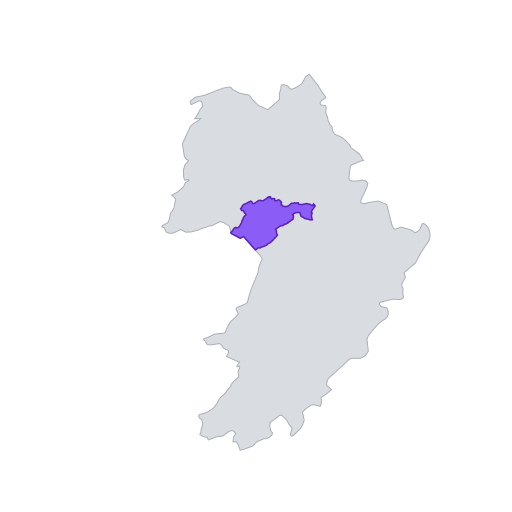 location of Mamou, Mamou, Guinea, rotated 49°
{"feature_id": "49546643B72815389499799", "entity_name": "Mamou", "entity_type": "district", "adm_level": 2, "iso_a3": "GIN", "parent_name": "Guinea", "parent_adm1": "Mamou", "projection": "equal_earth", "projection_center": [-11.801, 10.57], "detail": "fine", "context": "in_parent", "style": "filled", "palette": "violet", "viewbox_px": 512, "rotation_deg": 49, "n_neighbors": 0, "source": "geoboundaries", "source_scale": "gbopen_adm2", "svg_char_len": 6764}
<svg xmlns="http://www.w3.org/2000/svg" viewBox="0 0 512 512"><g transform="rotate(49 256 256)"><path d="M302.8,341.0L299.5,340.4L298.0,341.3L293.6,348.2L290.9,350.9L286.8,350.1L285.3,350.6L284.2,349.8L285.7,346.0L287.8,338.4L293.3,330.8L293.4,329.2L291.1,324.7L288.8,318.6L288.8,312.1L288.3,307.4L283.5,306.1L282.6,305.3L282.5,303.7L285.2,295.6L285.4,294.0L285.1,292.5L282.1,288.3L277.5,280.7L269.6,264.9L266.6,261.6L263.8,256.8L262.7,253.7L259.7,252.6L232.1,252.8L231.6,256.9L222.0,259.7L216.2,256.5L209.7,258.4L206.5,260.5L204.0,269.7L202.6,271.6L201.2,275.8L199.9,278.0L198.5,282.6L195.4,289.0L192.1,293.2L186.6,295.5L184.8,302.3L183.6,304.8L181.4,306.8L179.1,308.1L174.6,306.8L172.1,308.0L171.6,306.3L173.1,300.9L171.9,298.1L167.6,292.5L167.2,289.8L165.9,286.3L160.1,279.1L154.8,279.6L156.3,273.5L156.2,265.5L154.4,261.1L154.9,256.7L153.9,256.9L152.1,260.0L149.2,259.0L143.4,254.3L140.5,249.6L140.2,245.7L139.5,244.2L137.7,245.0L134.1,244.9L123.0,237.9L115.1,220.3L115.0,216.4L116.1,209.5L115.9,207.7L112.2,212.2L111.5,209.2L108.8,202.1L108.0,198.1L105.3,196.3L103.2,195.9L101.5,197.3L99.3,205.5L97.7,205.5L96.0,203.7L96.4,197.6L100.7,189.9L107.9,170.4L110.5,166.0L112.1,164.4L115.5,164.3L122.1,161.7L130.2,155.6L136.4,156.1L143.7,155.4L153.3,151.2L153.4,138.2L153.1,135.3L149.7,132.7L147.8,130.4L146.1,127.5L144.0,125.5L144.1,123.3L148.3,120.5L152.2,120.6L153.5,119.5L154.4,117.6L155.6,112.9L156.0,108.0L153.4,101.3L153.6,96.6L167.5,97.3L175.2,98.6L181.5,99.0L182.5,100.1L181.6,104.6L182.4,107.3L184.5,108.0L188.1,104.9L189.9,105.6L193.8,109.5L197.4,110.6L201.4,112.8L205.2,114.0L208.5,113.8L211.0,116.0L215.7,116.7L221.7,113.9L226.4,112.7L233.1,112.4L236.6,113.3L246.7,111.0L254.6,112.3L253.4,113.9L249.8,124.3L250.2,126.1L258.3,134.9L260.2,135.6L262.4,134.4L265.9,130.3L268.6,125.9L271.3,123.8L274.4,123.9L276.8,127.0L282.6,140.1L284.1,141.7L285.5,141.7L288.0,139.2L289.2,136.4L294.6,127.8L302.8,123.5L322.5,133.4L325.4,134.1L327.1,133.4L329.5,127.5L336.9,122.5L340.4,121.1L342.4,121.0L343.2,119.4L343.6,117.0L343.2,114.5L340.9,110.1L340.8,108.8L342.1,107.9L344.9,107.3L348.6,107.7L352.7,109.7L356.0,112.4L358.0,115.7L361.7,129.5L365.9,140.3L365.7,154.9L367.6,156.3L369.6,156.9L370.5,158.1L372.6,164.1L374.5,165.8L376.8,166.2L381.0,170.1L383.8,171.6L384.1,172.7L384.1,174.3L383.0,176.3L378.9,180.3L376.9,183.8L372.7,192.0L372.6,193.5L373.5,194.6L375.2,194.8L377.1,194.3L380.9,191.3L384.0,192.3L386.9,194.6L388.0,197.0L388.3,200.1L387.6,204.2L387.5,208.7L388.5,216.4L390.1,224.1L391.6,226.9L401.4,233.6L402.3,236.2L402.8,239.0L402.1,242.9L401.1,245.1L395.8,251.1L395.0,254.0L395.5,259.3L395.9,281.9L398.0,285.7L400.5,287.6L406.4,286.6L406.3,292.8L405.5,299.9L408.9,302.0L410.7,304.2L411.6,306.2L406.2,309.9L404.7,312.1L404.0,317.9L404.2,323.4L411.4,327.2L414.2,331.8L415.5,336.5L416.0,345.4L415.3,347.4L413.5,347.4L409.8,342.0L404.1,341.4L400.0,340.4L393.0,341.1L391.8,342.7L391.0,354.6L392.7,356.6L396.0,358.8L398.2,359.7L400.0,359.5L401.4,360.9L401.7,364.8L400.8,367.7L399.0,370.3L396.7,377.2L397.2,383.4L393.3,393.4L392.2,395.4L387.0,393.4L383.6,392.7L381.1,395.3L377.7,391.4L377.1,388.3L375.8,387.7L373.5,387.7L371.4,389.4L370.5,392.5L370.1,399.0L366.3,405.0L363.6,412.6L360.5,411.9L359.8,412.8L356.5,414.8L353.7,415.4L352.9,413.3L351.3,411.7L349.4,408.5L347.3,405.9L343.3,404.1L341.7,404.9L339.8,404.7L338.6,403.6L338.8,402.1L340.9,398.1L342.0,394.5L342.7,390.5L342.7,386.8L341.5,381.4L339.7,377.2L339.3,374.8L339.5,371.3L339.1,368.1L338.5,366.4L337.6,360.2L336.6,359.1L335.9,354.2L336.1,349.1L334.6,347.2L332.1,345.9L330.7,343.9L329.8,341.7L328.9,341.1L328.1,341.2L327.5,342.5L326.6,342.8L325.2,338.1L324.6,337.9L323.6,339.0L312.4,344.2L310.9,339.8L308.7,339.0L305.0,340.8L302.8,341.0Z" fill="#d9dde1" stroke="#a8b0b8" stroke-width="1"/><path d="M264.8,190.9L265.6,189.7L265.1,189.5L264.0,188.9L262.5,188.2L261.5,187.2L260.5,185.5L259.5,185.9L258.3,183.7L257.6,180.8L257.0,178.5L256.3,178.4L256.5,179.1L255.7,178.9L255.1,178.5L254.5,178.4L254.7,179.6L254.8,180.2L254.8,180.5L254.6,180.5L254.0,180.8L252.2,181.4L251.4,182.1L249.7,183.3L248.2,185.9L247.2,187.7L246.5,188.5L245.8,189.2L245.0,189.6L244.5,189.7L243.7,189.2L243.4,189.3L243.0,189.9L242.9,190.1L242.6,190.6L242.4,191.0L242.1,191.2L241.7,191.7L241.0,192.1L240.9,192.9L239.4,194.8L239.5,196.9L239.4,198.5L239.1,199.6L238.7,200.2L238.5,200.6L238.3,201.4L237.5,201.6L236.8,202.5L236.1,203.0L235.4,203.0L234.7,202.9L234.1,203.4L232.9,202.5L232.2,201.5L231.1,201.7L230.7,201.5L229.8,201.6L229.4,201.7L228.5,202.0L228.2,202.6L228.0,203.0L227.9,203.7L227.9,203.8L227.8,204.2L227.6,204.3L226.7,205.4L225.9,205.3L225.3,204.6L224.9,204.4L224.4,204.9L223.7,205.6L223.3,206.7L222.2,206.6L220.9,207.2L220.8,207.3L220.6,206.5L220.1,207.0L219.8,207.3L219.5,208.1L219.5,210.6L219.3,211.9L218.9,214.5L218.1,215.4L217.0,216.0L215.9,217.4L215.7,218.5L215.7,219.3L215.5,220.8L215.1,223.0L214.6,223.7L213.5,224.0L212.7,223.8L212.1,223.5L211.2,224.1L210.9,224.3L211.1,225.0L210.5,226.0L209.7,230.0L209.1,231.0L209.0,231.4L209.2,233.6L209.5,233.8L209.9,234.8L210.1,235.8L210.1,236.4L210.2,236.6L210.8,236.7L211.5,236.7L212.0,237.0L212.5,236.9L213.4,235.8L213.8,235.7L215.9,236.4L216.5,236.4L217.0,236.2L217.7,236.3L218.0,236.5L218.3,236.6L218.4,237.3L218.3,237.8L218.4,238.6L218.4,239.2L218.8,240.5L219.1,240.9L219.4,241.2L219.8,241.8L219.8,242.3L220.2,243.6L221.1,244.5L221.4,245.1L221.9,246.6L222.2,247.2L222.4,247.9L222.8,250.2L222.7,251.0L222.2,252.0L221.1,252.5L220.7,253.9L220.9,255.2L221.3,256.3L221.8,259.6L222.0,259.7L222.1,259.8L222.7,259.9L223.0,259.9L224.0,259.5L224.6,259.2L224.8,259.1L225.5,258.9L225.9,258.7L226.2,258.6L226.9,258.4L227.0,258.3L230.9,256.7L231.5,256.6L231.8,256.4L232.0,256.3L232.1,256.2L232.3,256.2L232.6,255.6L232.9,253.2L233.0,253.0L233.1,252.8L233.2,252.6L235.7,252.6L237.0,252.6L238.3,252.6L239.7,252.4L240.1,252.6L241.2,252.5L243.3,252.5L245.0,252.5L245.6,252.5L246.2,252.5L246.6,252.5L247.1,252.5L249.9,252.4L250.0,252.4L250.9,252.5L251.0,252.3L251.0,251.9L251.2,251.6L251.3,251.3L251.2,250.9L251.2,249.2L252.6,247.6L252.9,245.9L253.8,244.1L254.2,242.8L254.5,241.8L254.8,240.1L254.6,238.4L255.1,237.3L255.3,235.8L255.2,234.6L255.2,232.9L255.0,232.0L254.9,231.1L254.9,230.6L254.8,229.5L254.7,228.4L254.5,227.1L254.3,226.1L253.5,226.0L252.4,225.7L251.4,224.9L250.4,224.1L249.6,223.7L248.7,223.7L248.7,222.3L249.0,220.9L249.2,219.8L249.1,219.1L249.1,218.9L249.6,217.0L250.2,216.7L250.8,215.2L250.8,213.6L251.5,212.6L251.7,211.4L252.1,210.2L251.6,209.7L252.2,207.8L252.1,206.1L252.6,204.2L251.8,202.8L250.0,201.2L248.8,201.3L248.8,199.6L249.5,197.4L251.2,195.2L251.9,194.5L253.5,195.0L254.7,195.8L255.1,195.9L256.4,195.7L257.9,195.0L259.5,194.7L261.2,193.5L261.6,193.2L262.2,192.7L262.8,192.3L263.8,191.7L264.8,190.9Z" fill="#8b5cf6" stroke="#5b21b6" stroke-width="1.5"/></g></svg>